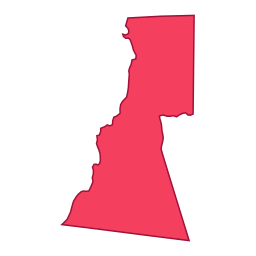 Igarapé Grande, Maranhão, Brazil (Equal Earth projection)
{"feature_id": "56859067B222723786922", "entity_name": "Igarapé Grande", "entity_type": "district", "adm_level": 2, "iso_a3": "BRA", "parent_name": "Brazil", "parent_adm1": "Maranhão", "projection": "equal_earth", "projection_center": [-44.85, -4.583], "detail": "fine", "context": "isolated", "style": "filled", "palette": "rose", "viewbox_px": 256, "rotation_deg": 0, "n_neighbors": 0, "source": "geoboundaries", "source_scale": "gbopen_adm2", "svg_char_len": 1310}
<svg xmlns="http://www.w3.org/2000/svg" viewBox="0 0 256 256"><path d="M193.1,114.0L194.1,15.4L170.3,16.0L161.4,16.2L127.9,18.0L126.6,22.5L125.6,25.9L127.7,28.0L128.8,30.6L128.4,33.6L125.6,35.0L122.8,34.2L123.5,36.5L125.8,38.3L128.4,38.1L130.1,39.6L132.3,45.6L133.4,50.0L136.2,55.4L135.8,58.9L132.0,59.9L131.6,62.6L130.9,65.0L129.5,68.1L128.8,71.0L129.3,73.9L128.7,81.9L128.4,87.2L127.7,92.1L126.6,97.1L122.6,101.3L120.7,104.5L120.0,108.7L120.1,113.3L116.5,116.2L113.8,117.2L112.7,120.9L112.5,124.5L109.9,125.9L107.3,124.9L104.7,126.7L100.7,128.3L100.7,131.5L99.4,135.0L96.9,135.7L97.4,139.9L96.5,143.4L97.6,146.8L98.8,149.6L100.1,153.9L100.4,160.2L99.6,163.5L97.9,165.0L96.0,164.1L94.0,164.4L92.5,167.1L93.4,170.2L93.3,174.0L92.3,177.7L93.0,181.7L90.9,186.7L88.8,191.0L86.0,191.3L83.3,191.0L81.1,191.8L78.4,194.2L76.3,196.7L73.5,201.3L71.6,207.9L70.6,212.0L67.3,219.2L64.8,221.8L61.9,224.6L75.9,226.3L123.4,232.3L149.9,235.7L152.2,236.0L189.1,240.6L171.6,183.9L162.2,153.1L161.1,148.9L161.6,145.6L162.7,141.4L163.2,138.0L162.8,134.5L162.0,131.1L161.7,127.6L161.4,124.5L160.6,121.2L159.8,118.6L159.4,116.0L162.4,115.0L165.0,115.5L166.9,116.2L169.9,116.3L173.2,115.7L176.7,116.8L179.1,115.0L182.6,113.4L185.7,112.8L187.9,115.0L190.4,115.2L193.1,114.0Z" fill="#f43f5e" stroke="#9f1239" stroke-width="1.5"/></svg>